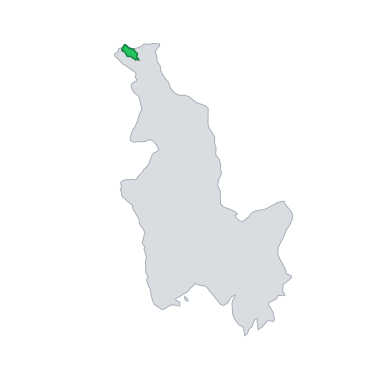 Kyongwon, Hamgyŏng-bukto, North Korea shown in context, rotated 296°
{"feature_id": "82179303B19451054742324", "entity_name": "Kyongwon", "entity_type": "district", "adm_level": 2, "iso_a3": "PRK", "parent_name": "North Korea", "parent_adm1": "Hamgyŏng-bukto", "projection": "mercator", "projection_center": [130.212, 42.718], "detail": "fine", "context": "in_parent", "style": "filled", "palette": "green", "viewbox_px": 384, "rotation_deg": 296, "n_neighbors": 0, "source": "geoboundaries", "source_scale": "gbopen_adm2", "svg_char_len": 4758}
<svg xmlns="http://www.w3.org/2000/svg" viewBox="0 0 384 384"><g transform="rotate(296 192 192)"><path d="M224.1,278.9L222.8,279.6L220.6,283.7L218.4,288.8L216.4,291.5L214.1,293.1L211.5,294.0L206.5,294.3L202.0,294.0L200.5,293.4L194.3,293.8L192.6,294.1L183.6,293.7L178.9,294.1L176.0,295.1L172.9,297.2L170.3,300.3L168.0,303.6L163.4,309.7L160.1,312.6L160.1,316.8L160.0,318.1L158.8,319.0L158.4,318.6L156.6,318.3L148.9,314.5L142.7,316.8L141.1,319.9L139.5,320.9L137.0,314.9L132.9,314.7L126.4,309.4L123.6,310.4L122.9,312.6L119.4,317.5L114.4,321.5L112.8,322.0L111.0,321.7L111.3,320.6L109.2,316.1L101.4,314.3L98.6,312.4L97.2,311.9L104.8,306.9L106.8,306.0L105.3,304.8L103.7,304.2L97.4,305.0L94.1,303.3L89.3,303.8L86.0,302.5L92.9,297.5L93.2,294.6L93.1,292.4L96.6,285.7L100.1,282.1L109.2,276.9L113.1,276.1L116.0,276.3L118.4,275.9L115.9,273.9L113.5,272.9L108.8,273.1L103.9,270.1L103.5,266.9L112.9,246.8L113.1,245.0L111.6,240.1L111.1,235.2L104.3,232.5L101.3,232.1L92.6,226.7L89.1,224.0L87.8,224.8L87.5,229.1L86.3,230.1L84.0,230.9L82.9,226.0L81.0,222.4L75.2,218.7L73.1,216.7L74.1,212.3L73.7,211.9L74.6,207.0L78.1,203.2L86.8,196.5L89.0,193.3L93.4,189.6L95.4,189.6L97.5,189.3L98.1,187.7L98.5,186.4L100.3,185.2L104.5,183.2L109.4,180.4L113.2,179.7L117.9,175.6L119.8,173.8L121.8,173.8L122.3,173.0L123.4,170.8L124.9,169.4L127.0,169.2L130.4,168.2L134.7,167.6L137.6,164.1L138.6,161.7L140.5,158.9L144.6,156.0L147.4,151.6L150.5,146.8L152.0,145.3L153.5,145.0L154.3,143.2L155.3,138.1L156.8,133.2L157.6,130.8L161.2,128.3L162.1,127.0L162.9,126.6L164.6,126.9L166.8,125.4L169.0,123.8L170.9,124.4L172.8,125.7L174.9,128.5L175.8,130.7L177.4,132.5L177.7,135.2L179.3,136.3L182.7,136.9L188.3,138.7L192.0,138.8L194.0,140.2L198.4,140.9L207.0,139.8L210.6,140.5L212.1,142.1L214.2,143.4L215.7,143.5L217.6,141.2L219.6,137.6L221.0,134.7L220.9,132.5L219.7,130.1L216.9,127.9L215.0,124.4L213.2,120.8L212.2,119.6L211.3,117.9L211.2,115.2L211.8,113.4L216.1,112.2L221.6,111.5L226.1,112.2L233.6,111.7L238.2,110.7L241.6,110.8L244.7,110.8L246.1,109.3L250.5,105.6L252.6,104.2L254.9,101.7L255.3,99.1L255.7,96.9L257.0,94.6L259.3,91.8L261.3,90.5L263.5,90.7L265.8,92.0L267.2,93.3L268.9,92.9L270.2,90.7L271.1,90.3L273.7,90.1L274.6,88.7L275.6,82.1L276.6,77.0L276.8,73.3L279.1,67.3L279.9,63.7L281.3,62.0L282.9,62.1L284.2,63.2L285.9,63.8L288.2,63.2L289.8,64.1L290.8,66.1L294.1,67.4L294.4,68.4L294.3,74.9L296.2,78.0L298.6,80.8L302.0,83.3L303.8,83.8L304.8,85.6L305.9,88.7L308.3,91.7L309.5,93.9L309.8,96.2L310.9,97.5L309.0,98.9L306.4,98.0L302.2,97.5L296.9,101.9L293.9,103.5L291.8,107.9L287.6,110.4L285.4,113.2L282.4,118.0L280.4,122.6L275.9,127.2L273.3,133.1L273.2,138.2L276.0,143.3L276.3,147.7L274.3,156.7L275.4,166.2L274.2,169.9L260.4,176.4L256.8,179.6L251.7,188.0L245.5,191.1L241.7,194.6L236.4,196.6L233.0,202.4L229.2,205.8L224.8,207.8L221.5,210.4L214.1,210.6L208.8,212.4L205.1,217.2L193.9,222.8L192.4,227.0L193.1,233.5L193.2,238.4L192.2,242.5L189.7,241.3L188.4,242.7L187.0,246.4L187.4,250.7L191.2,252.1L194.4,253.8L198.8,254.7L202.1,256.7L209.0,265.7L214.7,269.6L216.2,271.1L219.4,273.0L222.4,276.1L224.1,278.9ZM94.0,234.8L91.9,236.2L91.8,233.7L93.4,231.6L95.1,231.3L94.0,234.8Z" fill="#d9dde1" stroke="#a8b0b8" stroke-width="1"/><path d="M287.3,86.3L287.8,86.0L288.5,84.9L288.7,84.0L288.8,83.5L289.3,82.9L290.0,82.8L290.5,82.8L291.1,82.7L291.9,82.5L292.4,82.4L292.5,81.8L292.7,81.1L292.9,80.6L293.1,80.2L293.2,79.6L293.3,79.1L293.4,78.7L293.9,78.1L294.4,78.0L294.6,77.4L294.8,77.0L294.7,77.0L294.6,76.9L294.5,76.7L294.4,76.6L294.4,76.4L294.4,76.2L294.3,75.9L294.2,75.9L294.1,75.7L293.9,75.5L293.9,75.4L293.9,75.2L293.9,74.9L294.0,74.9L294.0,74.7L294.2,74.4L294.2,74.2L294.2,73.9L294.1,73.7L294.0,73.4L293.9,73.3L293.9,73.2L293.7,73.1L293.6,72.9L293.6,72.7L293.7,72.4L293.8,72.3L293.8,72.2L293.9,71.9L293.9,71.7L293.9,71.4L293.9,71.2L294.0,71.1L294.0,70.9L294.2,70.7L294.3,70.6L294.4,70.4L294.5,70.4L294.6,70.2L294.7,69.9L294.6,69.7L294.4,69.4L294.4,69.2L294.5,69.1L294.6,68.9L294.8,68.8L294.8,68.7L294.9,68.4L295.0,68.4L295.0,68.2L295.2,67.9L295.2,67.7L295.1,67.4L295.0,67.2L294.9,66.9L294.8,66.7L294.7,66.7L294.4,66.6L294.2,66.7L294.1,66.8L293.9,66.8L293.7,66.8L293.4,66.8L293.2,66.8L292.9,66.8L292.9,66.7L292.7,66.7L292.4,66.6L292.2,66.5L292.0,66.4L291.9,66.4L291.7,66.3L291.4,66.3L291.2,66.3L291.0,66.5L290.9,66.5L290.7,66.7L290.5,66.8L290.4,66.8L290.2,66.9L290.0,66.7L289.9,66.7L289.7,66.5L289.7,66.4L289.4,66.4L288.9,66.9L288.5,67.4L288.1,67.9L288.6,68.2L288.8,68.8L288.6,69.4L288.3,70.1L288.0,70.7L287.6,71.4L287.3,71.8L287.0,72.3L286.5,73.0L285.7,74.1L285.7,74.8L285.8,75.3L286.1,75.8L286.8,76.9L286.9,77.6L286.9,78.9L286.5,79.5L286.4,79.8L286.3,80.2L286.7,81.4L286.1,82.3L286.0,82.9L286.0,83.5L286.3,83.6L286.6,84.0L287.2,85.0L287.3,85.4L287.3,86.3Z" fill="#22c55e" stroke="#15803d" stroke-width="1.5"/></g></svg>